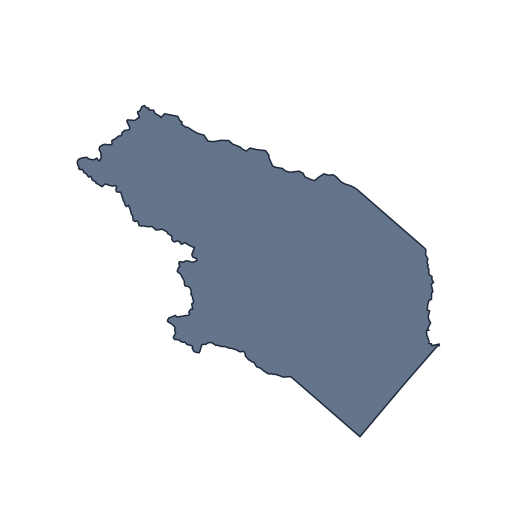 Fairbanks North Star, Alaska, United States of America (Mercator projection), rotated 221°
{"feature_id": "52423323B17586964503770", "entity_name": "Fairbanks North Star", "entity_type": "district", "adm_level": 2, "iso_a3": "USA", "parent_name": "United States of America", "parent_adm1": "Alaska", "projection": "mercator", "projection_center": [-145.777, 64.855], "detail": "fine", "context": "isolated", "style": "filled", "palette": "slate", "viewbox_px": 512, "rotation_deg": 221, "n_neighbors": 0, "source": "geoboundaries", "source_scale": "gbopen_adm2", "svg_char_len": 4479}
<svg xmlns="http://www.w3.org/2000/svg" viewBox="0 0 512 512"><g transform="rotate(221 256 256)"><path d="M439.1,290.7L439.0,288.9L439.9,287.3L439.0,286.1L437.2,285.4L435.2,284.3L435.7,282.0L436.4,278.8L438.2,277.5L442.3,274.4L442.0,273.0L437.8,271.1L435.0,269.8L434.7,267.9L436.4,265.8L437.5,264.8L437.8,263.0L438.1,261.6L437.0,259.4L436.9,257.8L438.4,256.5L438.8,254.0L439.1,252.0L439.7,250.6L440.5,248.8L439.5,247.3L438.2,246.3L438.1,245.1L440.3,243.5L441.1,242.3L443.1,241.5L444.5,239.6L445.6,236.0L444.4,233.5L442.2,232.6L440.7,232.2L439.4,230.4L438.1,229.9L437.1,227.8L436.6,225.1L438.2,224.9L440.4,225.4L441.5,222.2L443.6,220.8L446.2,219.4L448.4,219.5L449.5,218.3L451.2,216.4L452.1,215.2L453.2,213.0L453.1,210.8L452.1,209.1L449.6,207.6L447.6,206.5L447.0,205.6L445.3,205.8L444.5,207.2L442.9,207.2L440.7,206.1L437.7,206.7L435.7,206.1L434.0,205.8L433.4,207.6L432.4,207.5L429.6,206.0L425.6,206.7L424.4,206.0L422.1,206.7L418.0,207.2L417.4,207.9L417.5,209.4L417.0,211.5L415.2,212.3L413.3,213.0L410.0,214.7L408.4,216.8L406.7,216.9L404.9,213.7L403.2,213.1L401.4,214.1L400.6,215.1L399.6,215.3L396.8,213.4L394.9,212.4L392.6,210.8L389.6,209.8L388.4,208.6L386.2,208.3L385.3,210.5L381.7,208.7L377.3,205.7L375.7,205.6L373.6,203.8L372.1,202.3L369.9,202.7L369.0,204.4L366.9,204.2L364.3,202.3L362.3,203.2L361.1,204.6L357.2,206.9L355.1,208.8L353.7,210.1L348.6,210.0L346.0,212.6L344.8,214.3L342.8,215.0L339.3,215.8L337.0,215.0L335.7,215.3L333.7,215.7L332.4,215.7L330.5,213.4L328.4,212.7L326.6,213.2L325.7,215.2L324.4,216.3L322.5,216.4L320.1,215.8L318.8,218.3L318.1,219.7L316.0,219.8L314.5,220.0L312.3,220.5L310.0,221.2L307.8,222.0L306.8,218.2L305.8,217.6L306.0,216.1L305.0,214.7L303.2,213.8L301.8,214.1L298.9,215.1L297.7,214.4L298.3,212.3L299.3,210.4L300.7,209.0L303.0,208.2L305.1,207.0L306.4,205.2L306.5,203.7L308.7,202.6L310.0,201.5L309.4,199.7L306.5,197.9L306.9,196.3L306.0,194.2L305.4,192.8L304.1,192.5L302.7,192.8L300.4,192.8L298.1,191.5L296.3,191.2L293.5,189.9L291.6,187.8L289.9,186.9L287.4,188.4L284.9,188.7L282.6,187.5L281.2,186.2L280.2,184.5L277.2,183.5L275.7,182.0L274.1,181.6L272.6,179.1L273.1,177.6L269.0,174.4L270.3,173.0L270.1,170.2L269.6,169.2L268.1,168.7L268.1,166.6L270.0,165.0L272.0,162.4L273.7,160.4L275.0,158.7L276.5,158.1L278.0,158.2L278.9,156.3L279.8,154.2L281.1,152.4L280.7,149.7L279.8,148.6L278.3,148.7L275.4,149.4L273.0,149.2L271.4,149.4L269.7,148.4L268.6,146.4L266.0,145.2L265.7,143.1L265.0,140.3L262.8,139.5L261.3,140.7L259.1,142.1L256.3,142.1L254.2,143.3L252.8,144.4L250.9,143.9L248.9,144.3L247.3,145.5L244.5,146.3L243.6,144.6L240.8,143.3L238.1,143.9L235.5,145.6L235.8,147.4L237.2,150.0L237.9,151.8L238.7,153.6L237.2,155.5L235.9,156.3L235.5,158.3L234.4,160.1L232.4,161.6L230.4,161.9L227.7,162.1L226.8,163.3L225.1,163.9L222.7,165.1L221.0,166.4L219.6,167.6L216.9,168.4L215.6,168.9L213.7,170.4L212.2,171.0L210.5,171.8L209.1,172.4L206.1,172.8L204.4,173.9L203.0,175.8L201.2,175.8L200.0,174.9L198.1,173.5L195.4,173.2L193.3,172.8L192.0,173.4L189.3,173.5L187.9,174.5L185.5,173.6L182.7,172.8L181.0,173.6L178.1,174.4L176.7,174.4L174.5,174.4L172.3,174.7L170.3,174.9L168.4,175.7L167.5,177.3L165.8,177.7L164.4,178.8L163.3,179.7L161.1,180.4L159.1,181.5L157.6,181.7L154.9,183.3L153.7,184.9L151.2,187.1L150.0,187.8L145.0,187.8L139.9,187.8L135.2,187.8L126.4,187.8L115.5,187.8L106.6,187.8L105.0,187.8L59.0,187.8L60.1,255.7L60.1,289.8L60.1,307.3L58.8,308.6L60.1,309.6L64.4,303.7L65.9,304.8L68.1,303.5L69.7,305.3L75.8,308.8L78.5,311.7L76.9,313.3L78.9,314.2L80.3,320.0L84.7,321.8L86.6,323.7L89.0,328.5L91.3,327.6L94.5,332.0L96.2,335.9L95.2,338.5L99.2,343.3L99.1,345.1L105.1,349.5L104.7,352.5L107.9,353.8L109.8,356.0L113.4,355.5L117.1,359.7L119.4,360.2L119.9,362.0L122.5,363.2L124.6,366.7L128.6,368.0L132.0,372.2L133.6,372.5L196.5,372.5L223.2,372.5L227.1,372.1L231.9,370.6L236.2,368.7L240.1,367.8L242.7,367.9L248.1,368.4L251.3,367.8L254.1,364.7L258.7,362.5L260.6,355.8L261.0,351.8L263.5,350.1L267.5,348.9L271.0,347.8L274.8,349.3L279.1,348.3L282.1,345.0L285.1,341.6L289.3,339.5L293.6,339.4L299.2,335.9L302.6,334.8L306.4,336.7L310.4,338.5L312.6,340.6L317.9,341.8L325.5,336.6L331.3,333.6L332.2,328.9L335.8,327.8L339.7,327.8L347.1,325.1L352.2,325.3L358.3,320.4L362.8,314.7L367.5,311.2L374.6,313.1L379.9,310.5L385.3,309.2L392.1,308.3L393.4,307.1L399.1,306.7L399.5,308.6L402.4,308.3L406.7,310.0L418.3,303.4L418.6,298.1L420.3,298.5L425.5,297.3L429.0,298.9L432.6,296.0L434.1,297.3L436.1,295.9L438.8,296.4L440.2,293.7L439.1,290.7Z" fill="#64748b" stroke="#1e293b" stroke-width="1.5"/></g></svg>